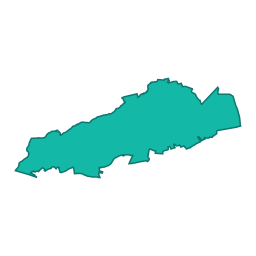 Bobota, Salaj, Romania
{"feature_id": "2599482B19126209643390", "entity_name": "Bobota", "entity_type": "district", "adm_level": 2, "iso_a3": "ROU", "parent_name": "Romania", "parent_adm1": "Salaj", "projection": "equal_earth", "projection_center": [22.731, 47.382], "detail": "fine", "context": "isolated", "style": "filled", "palette": "teal", "viewbox_px": 256, "rotation_deg": 0, "n_neighbors": 0, "source": "geoboundaries", "source_scale": "gbopen_adm2", "svg_char_len": 5710}
<svg xmlns="http://www.w3.org/2000/svg" viewBox="0 0 256 256"><path d="M102.3,173.1L102.4,172.8L102.6,171.8L100.4,171.2L99.7,171.2L99.3,169.3L99.2,167.4L99.8,167.5L100.0,167.9L101.8,167.3L104.5,167.0L107.2,166.0L108.5,165.5L110.1,164.4L110.8,163.8L112.7,161.0L113.5,159.3L114.7,158.3L115.6,157.8L117.8,156.6L120.2,155.5L120.9,155.3L121.4,155.3L122.7,155.5L123.4,155.9L123.7,155.9L123.9,155.7L123.5,154.8L126.0,155.0L126.6,154.8L128.6,154.8L129.8,155.1L130.4,155.4L132.7,155.5L129.0,163.7L130.6,163.6L135.6,162.8L139.8,161.8L144.1,161.1L145.0,160.8L145.7,160.8L147.7,161.5L148.1,161.1L148.4,160.7L148.3,160.4L148.8,160.2L149.2,159.3L149.3,158.9L148.5,157.9L148.1,157.2L147.8,156.1L147.9,155.8L147.7,155.6L147.7,155.4L147.9,155.0L148.2,155.0L148.4,154.8L148.5,152.8L148.8,151.7L148.9,150.6L149.2,149.8L149.7,149.0L153.0,150.3L154.7,150.9L155.6,150.8L155.3,153.3L162.8,153.8L162.7,152.0L163.1,151.6L163.1,151.3L164.1,150.7L165.6,150.4L167.5,149.9L167.8,149.8L168.3,149.3L168.2,147.6L168.0,146.9L169.9,146.4L170.9,149.0L175.0,147.7L173.7,144.7L173.7,144.4L173.9,144.3L174.3,144.2L174.9,144.5L175.3,144.9L175.5,145.0L176.3,145.8L176.7,145.9L178.8,145.5L179.6,144.9L180.8,147.1L183.9,146.0L186.0,148.3L186.4,149.0L187.7,148.5L190.3,147.6L190.1,147.3L195.3,144.5L195.8,143.9L200.3,141.8L200.0,141.4L200.7,141.0L199.1,139.1L197.7,137.2L198.8,136.6L201.9,140.5L205.4,138.7L205.2,138.3L204.2,138.0L204.4,137.7L204.6,137.6L204.9,138.0L205.6,137.7L205.7,137.9L206.5,137.7L207.0,138.0L207.8,138.1L209.4,137.8L209.6,137.3L209.9,137.0L210.5,137.2L212.3,137.3L212.4,137.2L212.4,136.9L212.6,136.3L213.8,135.9L214.0,135.4L215.8,134.4L216.5,133.8L216.8,133.1L216.6,131.2L216.7,130.9L217.6,130.5L236.8,127.1L240.6,126.0L240.4,125.6L239.6,117.4L237.3,108.9L235.6,105.1L233.1,96.4L230.4,94.5L228.8,94.2L218.1,94.2L217.9,92.5L217.9,91.7L217.6,91.1L217.9,90.5L218.3,90.4L218.4,89.9L218.3,89.2L218.5,88.5L217.7,87.3L201.7,104.3L201.1,103.8L200.7,102.5L200.3,101.8L200.1,100.4L199.5,100.4L197.4,98.2L196.6,96.9L196.0,95.7L195.8,95.1L195.3,94.2L194.3,93.5L192.3,92.6L191.6,92.1L191.4,91.6L191.5,91.1L192.1,89.6L192.5,89.1L192.4,88.9L188.5,87.4L185.4,86.4L183.9,86.4L183.0,86.6L182.4,86.6L182.2,86.4L182.2,85.9L182.0,84.9L181.7,84.8L181.7,84.5L181.5,84.0L181.3,83.7L181.2,83.3L179.8,83.8L179.0,83.8L178.1,84.1L177.6,83.4L177.4,82.7L176.7,81.4L173.5,81.5L168.8,82.9L168.8,82.4L168.6,82.2L167.8,82.5L167.4,82.2L168.0,81.7L168.7,81.5L169.3,80.8L169.2,80.4L168.8,80.0L168.5,79.9L168.3,80.1L168.4,78.5L164.4,79.2L164.3,80.1L157.8,79.6L157.0,81.7L154.2,81.9L153.7,82.1L152.4,82.1L152.2,82.0L151.3,82.3L151.0,82.7L150.5,82.8L150.4,83.0L150.6,83.3L150.0,83.6L149.2,84.2L147.9,85.4L147.8,86.0L147.8,86.9L148.1,87.8L148.0,88.5L148.3,88.7L148.3,88.9L148.1,89.4L148.1,89.7L147.8,89.9L147.5,90.5L147.3,90.9L147.3,91.2L147.0,91.3L147.3,91.5L147.1,91.7L146.7,91.5L146.4,91.8L146.3,92.3L146.1,92.6L145.5,92.8L145.2,93.2L144.9,93.2L144.7,93.0L144.4,93.2L143.8,93.1L143.7,93.4L143.4,93.5L143.6,93.7L143.6,93.9L143.2,94.2L142.6,94.3L142.3,94.3L142.2,93.9L141.9,93.9L141.5,94.2L141.2,94.3L140.2,94.9L140.0,95.2L139.8,96.0L139.6,96.0L139.3,96.4L138.4,96.5L138.0,97.2L137.0,93.8L123.9,96.9L123.4,97.3L122.1,97.6L122.0,98.0L122.2,98.4L123.0,98.9L123.3,99.2L124.1,101.4L124.8,101.4L124.9,102.1L125.2,102.7L124.9,103.0L124.3,103.0L123.9,103.4L123.5,103.5L123.4,103.9L122.4,104.5L122.3,104.9L121.8,105.4L121.3,105.5L121.0,105.7L120.4,106.3L120.4,106.8L118.6,108.2L118.1,108.2L117.8,108.5L117.4,108.6L116.8,108.5L116.1,108.9L115.8,109.1L115.6,109.9L114.9,110.7L114.6,111.3L114.1,111.7L112.9,112.5L112.7,112.8L111.7,113.3L111.1,113.9L110.0,113.9L109.4,113.7L108.8,113.9L107.2,114.8L106.6,114.8L105.7,114.6L105.3,115.0L104.9,115.1L103.3,115.1L101.6,115.9L100.8,115.9L100.3,116.1L99.8,116.5L98.3,116.7L97.5,116.9L96.3,117.7L95.8,118.3L92.3,119.7L91.8,120.6L91.0,120.9L90.3,121.9L89.8,122.4L89.0,122.8L88.6,122.8L87.2,122.5L86.6,122.6L82.4,122.1L81.0,122.4L78.6,123.9L78.2,124.5L77.9,124.5L77.4,124.1L75.4,125.4L75.3,125.8L73.6,126.2L73.3,126.0L73.1,126.1L70.8,128.6L70.0,129.1L68.6,130.0L65.9,132.2L63.5,133.0L62.5,133.9L62.3,134.4L60.6,135.2L60.1,134.6L60.6,134.2L59.8,132.5L59.6,132.3L59.2,132.3L58.8,131.6L58.3,131.5L57.9,130.5L56.8,130.3L56.1,130.6L55.9,130.9L55.9,131.3L55.5,131.0L54.5,131.1L53.5,131.3L51.5,131.4L51.3,131.5L51.1,131.8L50.3,132.4L49.3,132.9L48.8,132.9L47.5,133.9L46.7,134.9L46.0,136.1L44.9,137.3L43.9,137.8L41.1,138.1L38.7,137.8L37.7,137.9L35.9,138.3L33.6,138.1L32.2,138.4L31.5,138.3L31.0,139.0L29.4,142.6L28.9,144.5L28.7,145.7L27.3,147.6L27.2,147.9L26.9,148.2L26.8,148.8L26.9,149.3L26.8,150.5L27.0,150.9L28.2,151.8L28.7,152.7L28.5,153.3L28.7,154.5L28.3,156.0L26.9,157.6L25.3,158.5L23.4,159.9L22.7,160.7L20.3,162.0L19.4,162.9L19.0,163.4L18.9,163.8L19.1,164.8L19.1,165.3L18.5,166.1L18.4,166.7L18.1,167.4L15.9,169.8L15.4,170.7L16.6,171.0L28.6,174.5L36.4,177.2L36.5,177.0L35.1,175.9L34.9,175.1L34.2,174.7L33.9,174.7L33.3,174.5L31.9,173.5L30.6,173.1L31.0,172.8L32.2,171.4L33.0,171.8L33.5,171.2L33.8,171.5L35.2,172.1L36.2,171.2L36.9,171.0L38.5,171.6L39.5,170.6L39.4,170.4L42.6,167.7L43.4,168.4L45.5,169.8L44.4,170.4L45.1,171.1L46.6,170.1L46.9,170.0L47.3,169.6L49.0,168.8L49.6,168.8L50.8,168.6L51.0,168.4L50.8,168.2L52.4,166.9L53.0,166.8L53.3,166.9L53.9,166.8L54.3,167.0L55.0,167.6L55.4,168.2L56.1,168.8L56.4,168.7L56.2,168.1L56.3,168.0L57.5,167.3L58.2,167.1L58.6,167.2L58.7,167.3L58.4,167.4L58.4,167.5L58.7,167.8L59.3,169.6L59.9,172.0L60.0,172.3L60.8,172.4L61.2,172.6L65.7,171.0L68.7,169.0L73.2,167.2L73.9,169.5L74.5,173.7L79.1,173.4L82.2,173.7L83.2,174.4L87.6,176.2L92.9,177.0L97.6,177.0L98.3,177.5L100.0,177.5L99.9,177.1L99.1,176.2L99.1,175.6L98.7,172.6L99.0,172.5L101.4,172.9L102.3,173.1Z" fill="#14b8a6" stroke="#0f766e" stroke-width="1.5"/></svg>